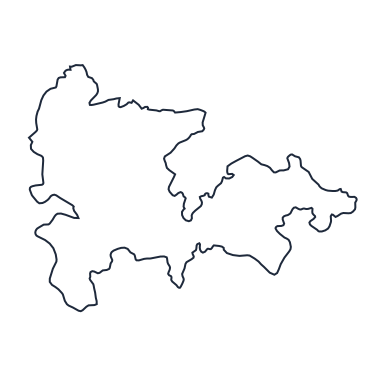 outline of Puebla, rotated 92°
{"feature_id": "MEX-2724", "entity_name": "Puebla", "entity_type": "State", "adm_level": 1, "iso_a3": "MEX", "parent_name": "Mexico", "parent_adm1": "", "projection": "mercator", "projection_center": [-97.844, 19.359], "detail": "fine", "context": "isolated", "style": "outline", "palette": "slate", "viewbox_px": 384, "rotation_deg": 92, "n_neighbors": 0, "source": "natural_earth", "source_scale": "10m", "svg_char_len": 6033}
<svg xmlns="http://www.w3.org/2000/svg" viewBox="0 0 384 384"><g transform="rotate(92 192 192)"><path d="M111.7,230.4L112.4,227.7L112.4,226.8L111.3,225.1L110.8,223.9L111.2,214.0L111.7,213.0L113.2,211.7L112.5,206.1L111.4,199.9L109.5,192.6L109.0,189.2L109.7,186.4L110.7,183.6L111.3,182.3L112.3,181.2L122.1,183.8L124.9,183.6L126.8,182.5L128.0,182.0L129.2,182.4L130.9,183.8L131.8,188.2L133.9,191.9L134.3,194.4L135.2,195.2L136.4,195.8L138.0,197.0L139.4,198.4L140.4,200.0L143.0,205.9L143.9,207.3L146.0,209.2L149.1,211.1L153.5,214.8L157.4,220.4L159.7,221.1L161.9,220.3L164.0,219.3L166.2,218.8L168.8,217.9L171.0,215.4L174.9,209.5L177.7,210.6L187.7,215.2L190.1,215.5L192.5,214.4L195.9,211.2L196.5,209.2L195.2,207.4L193.5,205.6L192.5,203.4L192.6,203.0L193.2,201.8L194.2,201.1L196.7,200.2L197.5,198.9L198.5,198.1L204.0,199.7L207.0,199.9L208.9,198.8L209.5,199.6L212.2,201.3L215.4,201.1L218.3,199.6L220.5,197.2L221.3,194.1L220.4,192.1L218.3,191.2L215.4,191.5L214.0,191.0L212.8,190.3L210.5,188.1L205.8,182.7L203.9,181.8L202.0,181.7L200.2,182.4L198.4,183.6L196.7,184.0L195.9,182.6L195.4,180.6L194.8,179.2L193.8,179.0L193.2,178.5L192.8,177.8L192.7,176.7L193.1,175.6L195.0,175.4L196.1,174.9L196.9,172.0L193.8,170.2L189.4,169.1L186.5,167.9L184.9,166.4L182.2,163.3L180.2,162.4L176.6,161.6L175.9,160.5L177.2,158.6L177.2,155.3L175.6,152.3L173.6,150.9L172.5,152.5L172.9,156.0L172.5,156.9L170.8,157.5L169.4,157.6L165.1,157.4L162.2,153.7L159.5,149.2L154.4,140.2L153.6,137.6L154.3,135.1L155.8,132.6L159.3,127.2L161.9,123.7L162.6,120.4L163.5,117.5L165.1,114.9L167.6,112.8L169.5,110.8L169.5,109.0L167.4,105.1L167.2,101.1L165.9,96.8L163.2,95.4L159.7,96.0L155.0,97.9L154.2,97.7L153.4,97.2L151.8,95.5L151.1,94.4L151.0,93.2L152.7,90.3L153.6,86.4L155.3,85.1L156.9,84.6L162.1,84.0L163.3,83.3L167.9,76.1L174.7,72.3L180.2,65.8L181.7,64.9L182.9,63.7L183.9,62.3L185.4,58.4L185.9,56.1L186.1,51.4L186.0,48.8L185.5,46.5L184.0,44.5L183.8,43.5L186.4,42.5L186.9,41.2L187.0,38.0L187.7,36.9L190.3,35.9L191.2,34.9L191.4,33.1L191.2,29.4L192.2,27.8L193.4,27.2L194.6,27.3L196.9,28.5L201.7,28.2L203.6,28.5L206.0,30.5L207.5,32.6L207.8,34.9L207.7,40.0L208.4,42.2L210.9,45.7L211.9,47.7L209.8,50.4L209.6,51.5L211.4,52.5L216.0,52.0L217.4,52.2L221.5,53.4L223.8,54.8L225.7,57.5L226.9,60.8L227.0,63.6L226.4,64.7L225.5,65.5L221.7,71.5L220.3,73.0L218.4,73.6L217.0,72.7L214.6,69.5L212.7,68.0L211.7,68.3L210.7,69.5L209.2,70.8L207.7,71.1L204.6,71.0L203.7,72.0L204.9,75.6L205.0,77.4L204.6,79.4L204.7,80.3L205.7,82.6L205.6,83.9L205.1,85.2L203.7,87.8L204.2,89.7L205.8,91.0L209.7,92.8L210.5,93.6L211.7,95.4L212.3,97.6L213.1,99.3L214.4,100.4L216.3,100.4L220.4,98.8L222.0,99.5L222.8,101.5L223.1,105.4L223.9,106.6L224.9,107.2L225.6,107.2L228.0,105.7L230.8,102.7L234.3,98.0L235.2,95.8L236.4,93.8L238.8,92.4L243.4,91.3L245.8,91.6L248.0,92.8L254.3,97.3L261.0,100.8L266.1,102.5L270.0,104.1L271.8,106.8L269.9,111.5L264.4,117.4L261.9,120.4L259.2,123.0L256.4,127.0L253.5,132.2L253.3,134.6L254.2,142.3L253.6,148.9L251.8,155.0L248.6,158.2L246.7,158.4L245.5,160.3L245.0,163.0L244.6,168.3L245.7,169.3L247.2,170.1L248.4,171.2L248.5,172.1L248.1,174.1L248.5,174.8L251.2,176.9L252.2,179.0L251.3,180.7L249.4,181.9L247.3,182.3L244.0,182.2L243.0,182.9L243.9,184.8L245.2,185.5L248.6,185.7L250.0,186.1L252.6,189.5L253.9,189.2L256.3,188.0L257.6,188.2L259.2,190.1L262.3,195.0L264.1,196.0L268.6,196.8L274.3,199.0L276.5,198.5L278.7,197.4L279.9,197.2L281.0,197.4L283.9,198.5L286.9,199.9L288.1,200.7L288.2,201.5L287.5,202.8L285.6,204.3L282.2,208.6L280.9,209.5L280.1,209.7L278.6,209.5L277.6,209.6L276.8,210.1L276.0,212.0L274.6,213.0L272.7,212.5L270.5,211.6L268.5,211.3L267.1,211.7L264.6,213.4L263.1,214.0L259.4,214.6L258.2,215.0L257.4,217.6L257.6,221.2L259.9,231.2L260.1,234.9L260.5,237.5L262.2,242.7L262.2,245.0L261.4,245.9L257.4,247.0L256.3,247.7L254.5,251.4L251.1,254.3L250.0,257.4L250.3,260.8L251.4,264.2L253.3,268.3L254.8,270.1L255.8,270.7L257.7,271.2L259.4,270.9L262.8,269.3L264.1,269.5L266.2,270.8L269.8,271.4L270.8,271.6L271.8,272.2L272.9,274.5L273.5,278.5L276.0,281.5L276.5,283.3L274.9,286.9L274.6,288.9L275.6,290.6L277.0,291.0L280.3,290.7L282.0,291.3L283.3,290.8L287.6,287.4L289.0,287.0L291.8,286.4L295.9,285.3L301.2,284.4L304.3,283.5L307.4,283.3L308.4,285.5L308.9,291.4L310.3,293.5L314.0,297.2L315.0,299.0L314.6,301.2L311.6,307.0L309.8,311.3L308.5,313.1L305.2,315.3L298.8,317.5L297.4,318.6L293.9,322.1L291.8,325.1L289.7,328.7L286.8,331.0L283.5,331.1L273.6,328.4L266.3,325.1L264.2,325.0L259.1,326.0L253.0,328.6L248.5,332.4L245.1,337.2L241.8,344.5L241.0,345.9L239.7,346.8L238.2,347.2L236.6,347.0L235.2,346.4L234.0,345.5L233.0,344.1L229.8,339.1L229.4,334.2L228.4,333.0L224.7,330.4L221.2,328.5L219.6,327.3L218.4,325.7L218.1,322.2L219.2,317.5L222.0,309.0L222.0,304.6L218.9,306.0L214.9,309.2L212.2,310.1L210.7,309.7L209.4,311.1L202.5,323.7L200.1,327.5L199.5,329.5L200.0,331.4L201.1,333.0L203.6,334.7L205.0,336.0L207.0,338.6L208.2,341.0L208.6,344.2L207.1,346.4L201.8,351.1L200.6,352.0L195.3,354.2L193.6,354.1L192.5,353.2L191.8,351.7L190.9,348.5L190.0,342.2L189.3,341.2L188.2,340.8L179.6,342.2L165.9,341.8L163.0,342.1L161.9,342.8L161.0,344.1L159.6,347.8L157.4,351.6L154.5,354.4L150.8,354.7L147.4,353.3L143.4,356.8L137.4,350.4L136.0,349.2L134.9,348.8L128.5,350.1L124.9,350.4L121.4,350.1L117.0,349.1L114.1,347.8L105.5,345.8L100.7,343.8L96.7,340.9L93.8,337.0L92.3,331.8L91.2,331.2L84.3,330.2L82.7,329.2L82.0,327.4L81.7,323.0L80.3,322.4L77.5,324.1L75.7,323.0L74.7,321.9L74.2,320.6L74.0,319.2L74.1,317.7L70.9,318.3L71.0,316.6L69.2,312.5L69.3,307.5L69.0,305.7L71.3,303.9L73.5,302.6L75.8,301.6L78.6,300.9L80.6,299.7L81.7,296.0L83.3,294.6L84.9,294.0L87.2,291.1L88.4,290.6L92.7,289.6L94.7,289.5L96.7,290.1L98.5,291.2L104.1,296.3L106.5,297.6L108.5,297.1L108.6,295.7L108.2,293.5L105.7,284.4L104.7,281.8L102.9,278.7L102.0,273.6L101.2,270.9L100.7,267.5L107.0,268.5L108.9,268.3L109.6,267.5L109.7,266.3L108.4,263.2L106.6,260.4L104.8,258.7L104.6,257.4L105.0,255.5L102.5,254.1L106.7,248.3L110.5,245.2L109.8,243.6L108.6,241.8L108.5,239.6L109.3,238.9L110.8,239.0L111.2,237.5L111.7,230.4Z" fill="none" stroke="#1e293b" stroke-width="2"/></g></svg>